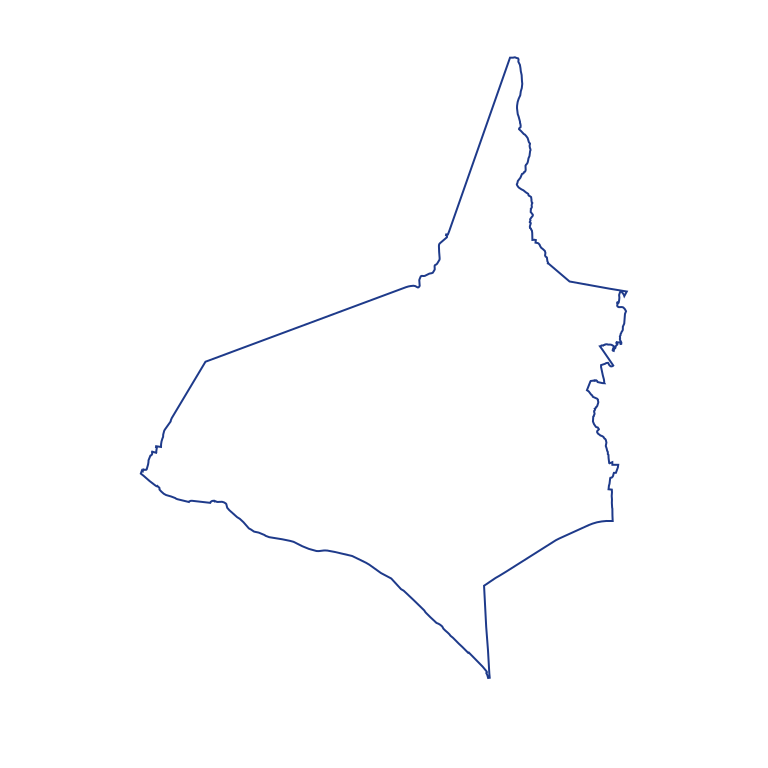 Xochimilco, Distrito Federal, Mexico, rotated 172°
{"feature_id": "50627088B56641992702600", "entity_name": "Xochimilco", "entity_type": "district", "adm_level": 2, "iso_a3": "MEX", "parent_name": "Mexico", "parent_adm1": "Distrito Federal", "projection": "mercator", "projection_center": [-99.112, 19.236], "detail": "fine", "context": "isolated", "style": "outline", "palette": "blue", "viewbox_px": 768, "rotation_deg": 172, "n_neighbors": 0, "source": "geoboundaries", "source_scale": "gbopen_adm2", "svg_char_len": 6156}
<svg xmlns="http://www.w3.org/2000/svg" viewBox="0 0 768 768"><g transform="rotate(172 384 384)"><path d="M321.8,78.4L320.2,78.4L320.0,82.6L318.1,105.6L316.6,129.3L313.0,170.3L300.5,176.4L296.5,178.0L289.8,180.9L235.5,205.4L232.0,206.6L200.8,215.8L197.0,216.7L192.4,217.4L187.5,217.6L182.7,217.4L176.6,216.5L176.1,221.8L175.2,228.8L175.3,229.8L174.9,234.6L174.3,238.0L174.1,241.4L173.3,245.1L173.1,247.7L176.3,248.5L176.1,249.2L175.4,252.0L174.6,253.7L173.2,259.0L172.9,259.6L171.6,259.6L170.6,260.3L169.9,261.2L169.3,262.8L168.7,264.0L166.7,263.8L164.0,268.9L163.3,271.4L169.1,272.2L168.8,274.8L171.7,274.1L172.0,274.4L171.9,279.7L171.6,282.6L172.1,283.4L171.9,284.8L171.9,286.0L172.3,286.7L172.5,289.2L173.0,291.8L171.9,295.0L172.1,297.6L172.6,298.8L173.3,299.3L174.1,301.1L175.3,302.1L177.0,303.0L177.6,303.8L178.7,304.7L179.6,306.3L179.6,307.1L179.4,307.7L177.5,309.2L177.5,309.4L178.4,311.2L179.8,311.8L180.2,312.2L181.6,315.0L182.3,317.8L181.3,322.7L180.6,323.1L180.4,324.0L179.9,324.5L179.6,325.5L179.8,327.1L179.7,328.0L179.1,328.4L178.8,329.0L178.4,329.9L178.6,330.2L177.9,330.5L177.5,331.4L177.0,331.5L175.9,332.6L174.4,335.8L174.3,336.7L174.5,338.0L174.3,338.6L174.9,339.7L179.0,342.3L179.4,343.7L180.3,344.6L182.3,348.2L183.9,349.6L179.2,357.9L178.9,358.2L176.5,358.2L174.7,357.7L174.4,357.9L174.5,358.3L173.3,358.1L172.5,357.2L172.2,356.2L167.6,354.5L165.6,354.1L165.8,354.6L165.6,356.1L165.6,358.0L166.1,362.0L166.7,370.6L166.4,372.5L162.5,373.2L161.0,373.8L159.2,373.8L158.9,373.3L158.5,371.8L157.3,370.1L156.5,369.8L155.7,369.8L154.9,370.0L154.4,370.4L162.9,387.5L164.9,391.3L163.8,391.4L163.3,391.9L162.3,391.8L161.7,391.5L160.9,392.0L160.0,392.0L159.6,392.4L158.5,392.4L157.6,392.3L156.6,391.8L154.7,391.6L153.2,391.1L151.3,389.6L151.4,388.3L152.2,387.2L152.9,385.6L152.7,385.2L151.9,384.8L151.5,385.9L151.4,386.7L150.9,387.1L150.3,387.1L149.8,387.6L149.5,388.8L148.6,389.9L147.9,390.3L147.4,390.7L147.3,391.2L147.4,391.4L148.2,392.2L148.2,392.5L147.7,393.1L146.6,392.6L145.0,392.5L144.5,392.3L144.3,392.1L144.2,390.7L143.5,390.7L143.2,391.8L143.3,392.4L144.0,394.4L144.2,395.3L144.1,396.0L143.8,396.5L143.8,398.4L143.0,399.3L142.8,400.5L142.1,401.3L141.6,402.3L140.3,403.8L139.9,404.8L139.5,407.5L137.7,410.4L135.6,419.9L134.2,422.4L135.1,424.7L136.4,426.5L137.7,427.1L140.7,427.4L141.8,428.1L142.2,429.0L141.7,430.6L141.9,431.7L141.7,432.3L141.3,432.5L141.0,432.4L140.7,431.6L140.3,431.9L139.5,434.2L138.9,436.7L138.8,439.4L137.8,441.5L137.3,442.2L136.9,442.4L136.3,442.5L135.8,442.0L134.8,440.5L134.1,439.0L133.8,437.6L130.7,441.8L147.4,447.0L186.0,459.7L204.2,480.2L204.9,480.6L204.6,481.1L204.6,481.4L205.1,482.6L205.1,486.6L206.3,487.8L206.6,488.9L205.9,491.4L206.2,493.4L207.8,495.4L209.5,497.2L210.4,499.5L210.5,500.3L211.4,501.6L212.0,502.1L214.3,502.9L213.6,505.4L214.9,505.9L217.0,506.0L216.2,513.0L216.2,515.5L216.8,516.4L216.9,517.5L217.7,518.1L217.7,519.0L217.6,519.9L216.3,522.7L216.4,523.3L217.1,523.8L217.0,524.4L216.2,525.5L216.4,526.5L216.3,526.9L214.5,528.8L213.8,529.3L213.2,530.1L213.1,530.7L213.1,531.1L213.8,532.1L214.2,533.0L214.8,533.8L214.5,535.5L214.2,536.3L214.3,536.9L213.6,537.6L212.9,538.7L213.0,540.0L212.5,541.8L211.9,542.6L212.4,543.5L212.4,544.4L212.5,545.0L212.3,545.8L212.3,548.6L213.0,549.4L214.1,550.1L214.6,550.7L214.6,551.6L214.8,552.3L216.8,554.0L219.0,556.4L220.9,557.7L223.0,559.6L223.5,560.2L224.5,562.2L224.7,563.3L224.0,564.3L223.2,566.4L220.2,569.3L218.1,572.8L216.6,573.2L215.7,574.4L214.7,574.7L214.3,575.4L213.9,576.3L213.5,580.4L212.9,581.3L211.9,582.1L211.0,583.2L210.2,585.2L209.5,587.4L208.2,589.5L206.9,594.3L206.4,595.1L206.3,596.2L206.6,597.2L206.7,598.9L206.6,599.9L206.0,601.5L206.0,601.9L206.7,602.9L206.9,603.5L207.5,607.5L208.6,609.6L209.8,611.4L210.8,612.1L213.0,615.3L214.8,617.5L214.6,618.3L213.0,619.4L212.7,621.1L212.8,623.1L213.0,623.5L212.8,624.7L213.5,630.3L214.0,632.6L213.9,638.6L213.5,641.0L212.4,644.7L210.9,647.8L208.9,650.9L207.8,654.8L206.4,657.8L205.3,662.0L205.2,664.9L204.7,670.8L205.0,674.8L204.9,677.7L205.0,681.1L206.1,684.4L205.6,686.6L205.7,687.2L206.0,687.9L207.2,688.3L208.9,689.3L211.0,689.2L213.8,689.6L298.0,526.6L299.9,523.2L301.6,523.5L301.9,522.7L301.5,522.4L301.1,521.8L301.1,521.1L301.2,520.7L301.5,520.4L308.7,515.8L309.5,515.2L310.0,514.5L310.4,513.1L311.0,507.3L311.4,500.8L311.7,499.4L314.7,495.7L315.6,495.1L316.8,494.7L317.3,494.2L317.5,493.6L317.8,490.5L318.3,489.7L320.2,487.4L321.4,487.1L323.7,487.0L328.5,485.4L329.6,485.4L331.6,485.8L332.6,485.5L334.0,483.2L334.6,482.0L335.0,476.3L335.5,475.6L336.4,474.9L337.3,475.0L339.4,476.6L341.2,477.2L343.9,477.3L346.2,477.2L348.8,476.8L557.7,430.9L598.9,379.8L600.1,377.8L600.5,376.6L607.4,369.3L608.2,368.2L609.7,364.6L610.1,362.4L611.1,360.7L612.3,358.1L613.1,355.5L613.6,352.7L618.3,354.1L618.6,353.1L617.8,352.6L618.9,349.0L618.9,348.2L619.2,347.6L623.0,349.3L623.2,349.0L623.2,347.6L623.4,346.8L624.3,345.8L624.9,345.8L625.3,345.6L627.8,341.2L628.1,339.5L628.8,337.2L630.9,332.5L631.7,332.1L632.5,332.4L633.1,332.3L634.2,332.9L635.0,331.2L635.7,332.1L637.3,329.1L634.8,326.5L629.7,320.6L624.7,315.5L623.6,314.5L622.7,314.1L622.5,314.4L621.3,313.0L620.8,312.2L621.0,310.7L619.6,308.6L617.4,306.0L615.3,304.4L610.4,302.2L606.6,300.1L605.9,299.4L604.7,298.7L593.6,294.3L593.3,294.8L592.5,295.0L591.6,295.2L590.1,295.0L572.6,290.5L572.0,291.4L570.5,292.1L569.1,292.1L568.2,291.4L568.0,291.8L565.6,290.4L560.8,289.9L559.0,289.1L557.4,287.8L556.9,287.1L556.5,283.3L554.7,280.5L548.0,272.6L545.5,270.5L542.4,266.7L537.9,259.8L536.1,258.5L533.2,255.9L528.8,254.3L523.2,251.0L522.5,250.2L519.0,248.3L506.4,244.4L498.8,241.7L495.5,240.3L487.6,234.8L481.4,231.2L474.1,228.0L471.9,227.6L466.4,227.5L463.5,227.0L456.3,224.6L440.2,218.4L439.3,218.0L426.7,209.5L423.8,207.2L413.3,197.2L403.9,190.4L395.7,178.5L393.3,176.6L385.2,166.5L375.6,154.1L374.9,152.5L374.1,151.3L370.7,146.8L365.3,140.1L363.4,139.0L361.8,137.7L360.1,135.8L359.2,133.4L357.6,131.3L355.5,128.9L353.9,126.8L353.5,125.9L352.9,125.1L351.1,123.2L346.1,116.5L343.1,112.8L338.0,106.0L337.4,106.3L325.6,90.3L322.4,85.1L322.2,84.4L322.4,83.8L322.9,83.5L322.2,81.3L321.8,78.4Z" fill="none" stroke="#1e3a8a" stroke-width="2"/></g></svg>